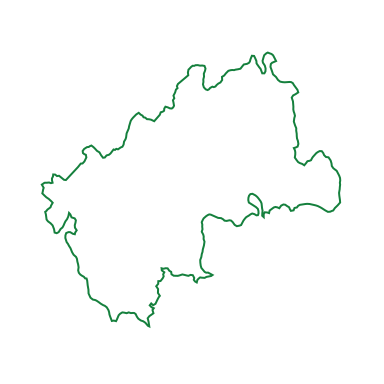 Piracicaba, São Paulo, Brazil, rotated 169°
{"feature_id": "56859067B64041724273684", "entity_name": "Piracicaba", "entity_type": "district", "adm_level": 2, "iso_a3": "BRA", "parent_name": "Brazil", "parent_adm1": "São Paulo", "projection": "equal_earth", "projection_center": [-47.797, -22.712], "detail": "fine", "context": "isolated", "style": "outline", "palette": "green", "viewbox_px": 384, "rotation_deg": 169, "n_neighbors": 0, "source": "geoboundaries", "source_scale": "gbopen_adm2", "svg_char_len": 6006}
<svg xmlns="http://www.w3.org/2000/svg" viewBox="0 0 384 384"><g transform="rotate(169 192 192)"><path d="M68.7,269.5L69.0,272.2L71.6,277.7L72.3,279.7L73.8,281.0L75.2,281.4L80.1,282.0L82.2,282.6L84.4,283.5L86.2,285.6L87.6,288.9L90.0,292.0L90.4,295.3L91.1,299.8L90.2,302.6L88.7,303.6L84.5,304.5L85.4,307.7L86.3,310.7L87.6,312.3L89.3,313.3L91.0,314.4L92.5,314.0L95.0,312.5L96.0,310.7L97.7,307.3L97.7,305.4L96.4,302.2L96.2,299.2L96.9,296.4L98.3,294.7L100.4,295.1L101.2,299.8L102.2,301.6L104.1,305.9L103.8,308.3L104.4,311.1L105.1,313.7L107.2,314.3L109.3,311.1L110.3,309.0L111.5,307.9L113.5,307.3L116.8,307.3L118.6,305.8L120.9,303.8L123.3,303.7L125.9,303.8L127.4,303.6L129.3,304.1L131.1,304.2L133.2,304.0L136.0,302.1L138.2,300.2L140.6,299.3L141.0,296.2L143.2,294.1L145.5,293.4L147.6,292.2L148.8,291.1L150.6,290.8L151.9,291.5L154.3,290.7L155.7,289.6L157.2,289.1L158.9,290.1L160.4,292.5L160.7,295.6L159.8,297.8L159.4,300.4L158.2,302.9L157.8,305.9L156.1,308.5L155.2,310.6L155.7,313.4L157.8,314.2L160.0,314.5L162.0,315.4L164.3,315.8L165.8,315.4L167.3,315.8L169.1,314.9L170.7,313.7L172.1,312.8L173.2,310.1L173.4,307.3L185.2,300.7L186.6,298.8L186.4,296.7L188.2,295.6L189.6,292.9L191.8,290.1L191.5,287.4L193.2,285.7L193.1,283.6L193.2,280.1L194.4,278.6L195.9,277.8L197.7,278.3L199.6,279.7L201.8,280.8L203.3,279.2L203.9,277.1L205.5,276.4L207.5,276.2L208.9,273.9L215.6,268.7L218.4,270.8L220.3,271.6L222.3,272.1L223.7,273.9L225.3,274.6L226.0,276.4L227.6,277.7L229.2,279.9L231.9,278.8L235.7,276.2L237.5,274.7L238.7,273.3L241.2,268.5L242.0,266.4L245.0,262.0L246.3,258.1L247.2,256.5L249.1,254.4L250.1,251.6L251.7,249.7L253.6,249.3L256.5,248.0L258.1,248.8L259.6,248.0L260.9,248.7L264.6,245.4L266.4,244.4L268.9,244.2L271.0,242.5L272.8,242.6L274.2,245.4L275.3,248.6L277.4,250.5L278.9,253.0L280.2,254.9L281.9,256.8L283.5,256.5L284.8,255.9L286.4,256.1L287.8,255.6L289.7,254.8L291.5,253.1L291.6,251.0L290.4,249.6L289.1,248.8L289.1,246.1L291.8,242.5L294.0,240.9L295.8,241.1L299.2,238.2L313.5,227.8L315.3,228.4L319.4,233.3L321.5,233.4L323.0,235.2L324.9,235.7L325.5,233.8L326.9,232.0L327.2,230.1L327.1,227.7L328.8,227.6L330.5,228.6L332.8,228.8L335.0,229.2L338.0,227.9L336.8,224.4L337.7,222.8L338.4,220.9L339.2,219.2L337.8,217.1L336.0,214.6L333.9,212.5L331.9,209.8L330.8,208.0L332.9,205.6L333.8,204.0L335.4,203.2L337.3,202.3L338.5,201.2L339.9,200.5L339.7,197.9L340.0,192.7L339.0,190.7L336.8,188.3L335.2,185.8L334.5,181.8L334.6,178.4L332.7,177.4L330.6,178.0L328.1,180.7L325.9,181.9L324.4,183.7L323.3,185.4L321.9,187.3L319.8,189.2L318.1,191.6L316.7,194.9L315.7,193.2L315.1,190.1L312.2,188.5L311.4,186.4L312.2,184.2L313.4,181.8L313.7,179.3L312.5,176.4L314.4,174.5L315.1,172.9L316.9,173.7L319.2,175.8L320.9,176.2L323.3,175.7L324.5,173.6L325.1,171.0L324.9,169.1L324.6,166.7L323.6,164.6L323.1,162.8L322.0,160.0L321.2,155.8L320.2,153.0L318.2,150.4L317.7,148.4L317.8,145.5L317.6,142.7L317.7,139.7L318.7,136.8L318.5,134.3L317.5,132.4L316.2,131.0L314.3,129.4L313.4,127.6L312.0,127.2L311.8,125.0L312.2,120.3L312.3,115.8L312.9,112.1L311.8,107.6L309.8,105.3L307.8,104.5L306.5,103.6L304.6,101.7L302.9,99.8L300.8,97.9L299.4,97.0L297.7,95.1L296.5,91.8L296.3,89.7L296.4,87.5L296.1,85.3L295.3,80.7L293.3,80.7L291.2,79.7L290.1,81.1L287.5,85.0L285.8,86.2L283.4,87.1L281.8,86.6L279.2,85.5L277.1,85.9L275.1,84.8L273.4,84.6L271.9,84.3L270.6,83.0L269.9,80.2L268.9,77.9L266.8,75.7L264.4,74.3L262.7,72.5L260.8,69.1L259.6,68.2L259.4,73.0L259.6,76.5L257.5,78.3L253.0,80.3L253.3,83.7L251.7,85.2L253.6,86.5L255.1,88.8L253.3,90.4L251.8,88.3L249.2,89.2L246.4,93.0L244.7,95.1L243.4,96.2L244.7,99.4L243.8,103.2L245.1,106.3L242.7,108.3L242.1,110.9L239.9,110.6L237.2,112.9L235.9,114.6L236.0,116.7L234.5,118.5L236.6,120.8L236.4,122.9L234.7,122.1L232.4,122.2L230.5,121.7L229.3,119.0L227.7,117.6L227.8,115.1L225.9,113.3L221.9,112.4L220.3,112.5L217.2,112.9L215.1,112.0L213.0,111.0L211.5,110.4L209.3,110.9L207.1,110.2L206.2,107.2L207.0,105.5L206.1,103.6L204.6,102.3L203.4,104.8L201.7,105.9L200.3,106.6L198.7,106.0L195.9,105.3L194.0,105.9L189.3,105.9L187.7,106.6L189.5,108.1L191.6,109.8L193.5,110.1L194.8,111.1L197.3,115.7L197.5,118.0L197.3,121.1L196.9,123.7L195.3,126.3L194.2,129.3L193.1,131.2L192.4,133.4L191.6,135.0L190.5,137.2L189.2,140.9L189.6,143.6L189.0,146.1L189.1,148.1L190.0,151.1L188.8,153.5L188.6,156.0L188.1,158.0L188.2,160.5L186.7,162.6L185.6,163.9L182.7,165.6L181.0,166.3L179.4,166.7L177.9,166.2L171.3,161.6L168.4,160.8L166.5,159.1L165.6,157.7L163.5,157.0L160.6,157.1L159.1,156.5L157.8,154.7L156.4,151.6L154.5,149.9L151.9,149.9L150.1,150.2L146.9,154.2L145.0,155.9L143.5,157.0L140.7,158.0L138.8,158.9L137.0,159.4L135.0,158.4L133.2,156.8L131.7,156.7L130.8,158.2L130.4,160.7L130.6,162.9L132.1,165.0L135.1,167.9L136.4,169.1L138.2,170.8L138.3,173.3L137.7,175.6L136.7,177.5L135.1,178.8L133.0,178.7L130.3,176.5L128.9,174.7L128.0,173.1L126.4,169.7L125.9,167.6L126.3,162.8L126.3,160.1L127.0,157.9L127.6,155.3L126.4,153.7L125.9,156.5L124.5,158.2L122.2,157.6L120.4,156.6L119.3,159.0L114.7,161.2L113.0,161.4L111.1,160.6L109.4,159.4L107.1,161.6L104.7,162.3L102.9,161.7L101.3,160.0L99.6,158.5L99.2,156.5L98.5,154.6L95.8,154.6L94.4,156.8L92.0,156.8L90.4,158.2L88.6,158.8L83.3,158.6L81.2,158.4L78.9,157.8L74.3,155.8L73.0,155.2L71.2,154.2L69.1,152.6L67.8,151.5L64.9,148.7L62.4,146.6L60.1,146.3L58.4,146.7L56.9,146.9L54.8,149.0L51.7,151.0L48.6,153.4L48.3,155.9L48.1,160.1L47.8,163.1L46.5,166.5L45.9,168.8L45.2,170.9L45.1,172.8L44.3,175.0L44.0,177.5L44.4,180.0L45.9,185.1L48.7,188.3L49.8,190.8L49.6,193.5L49.9,196.5L51.4,200.0L53.8,200.8L55.3,203.0L55.7,205.1L56.8,207.3L58.8,207.8L60.6,207.3L62.5,206.5L66.6,203.4L67.7,202.3L69.1,200.5L70.6,200.2L72.8,200.2L74.4,198.7L76.7,196.8L78.4,198.5L80.6,199.8L82.1,201.1L83.3,203.5L84.5,206.2L83.5,209.0L83.0,211.4L83.0,213.3L83.6,215.7L81.8,215.9L79.7,216.4L78.4,218.9L78.3,222.0L78.7,224.5L78.5,226.7L78.1,229.3L78.0,232.4L77.5,234.7L78.1,237.6L78.6,241.7L77.5,245.0L76.4,247.1L76.5,249.6L76.8,251.6L76.8,253.7L76.2,256.4L75.6,261.7L76.1,265.6L74.3,267.5L71.9,268.2L68.7,269.5Z" fill="none" stroke="#15803d" stroke-width="2"/></g></svg>